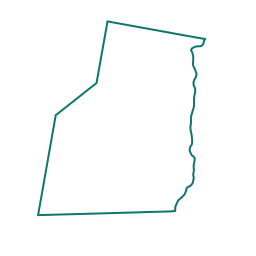 Assunção do Piauí, Piauí, Brazil, rotated 10°
{"feature_id": "56859067B20016792285726", "entity_name": "Assunção do Piauí", "entity_type": "district", "adm_level": 2, "iso_a3": "BRA", "parent_name": "Brazil", "parent_adm1": "Piauí", "projection": "robinson", "projection_center": [-40.956, -5.876], "detail": "fine", "context": "isolated", "style": "outline", "palette": "teal", "viewbox_px": 256, "rotation_deg": 10, "n_neighbors": 0, "source": "geoboundaries", "source_scale": "gbopen_adm2", "svg_char_len": 1081}
<svg xmlns="http://www.w3.org/2000/svg" viewBox="0 0 256 256"><g transform="rotate(10 128 128)"><path d="M188.4,27.0L168.1,27.0L89.3,26.6L89.3,34.0L89.2,89.2L79.1,100.4L78.1,101.6L65.1,116.2L56.6,125.7L54.6,127.8L54.6,150.7L54.6,152.0L54.6,229.4L79.6,224.3L117.2,216.6L155.1,208.8L157.2,208.3L185.2,202.6L188.8,201.5L188.3,197.3L188.6,196.0L189.9,190.7L191.5,188.6L192.7,187.4L194.5,184.7L195.3,183.4L196.0,180.1L196.2,177.1L196.9,176.1L199.7,173.9L200.7,172.1L201.4,170.4L201.4,167.3L201.3,165.0L200.3,162.9L200.3,158.6L199.2,153.9L199.2,147.9L198.9,146.1L198.0,145.1L195.7,143.9L193.5,141.1L192.6,139.4L192.3,136.5L193.5,133.8L193.8,131.7L193.1,127.9L191.5,122.8L190.1,119.5L189.3,116.6L189.2,112.8L188.6,108.4L188.0,106.3L189.2,95.9L188.9,92.9L187.8,87.3L187.8,79.9L187.2,77.3L185.1,74.2L184.7,72.3L184.6,70.9L185.0,68.7L185.9,66.5L186.2,63.1L184.0,58.9L182.0,56.3L180.9,54.2L180.6,51.9L180.5,50.0L179.8,46.1L178.5,43.0L176.6,40.5L177.0,38.7L179.0,37.1L180.3,36.1L182.0,35.6L185.8,34.7L187.4,32.7L187.8,28.6L188.4,27.0Z" fill="none" stroke="#0f766e" stroke-width="2"/></g></svg>